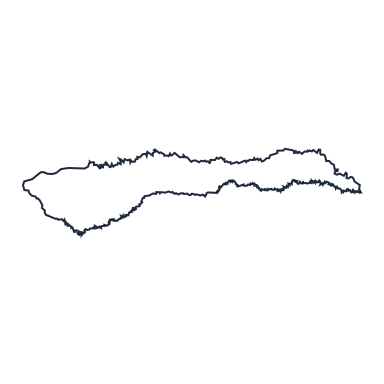 outline of Hato Corozal, Casanare, Colombia
{"feature_id": "7082276B62736204649279", "entity_name": "Hato Corozal", "entity_type": "district", "adm_level": 2, "iso_a3": "COL", "parent_name": "Colombia", "parent_adm1": "Casanare", "projection": "robinson", "projection_center": [-70.999, 6.057], "detail": "fine", "context": "isolated", "style": "outline", "palette": "slate", "viewbox_px": 384, "rotation_deg": 0, "n_neighbors": 0, "source": "geoboundaries", "source_scale": "gbopen_adm2", "svg_char_len": 6030}
<svg xmlns="http://www.w3.org/2000/svg" viewBox="0 0 384 384"><path d="M237.0,162.0L231.1,163.9L230.4,162.0L228.5,162.5L226.9,161.3L224.9,161.9L224.3,161.1L224.5,159.2L222.7,159.3L222.2,158.0L220.4,157.4L218.5,158.8L216.7,157.7L214.9,160.0L210.5,159.9L210.2,162.5L209.4,163.0L208.0,161.3L206.1,161.7L205.1,160.6L203.5,161.3L201.1,160.8L199.0,162.3L195.8,160.5L193.3,160.6L191.2,161.8L187.2,157.3L185.6,157.3L183.5,155.2L183.4,157.2L179.7,157.2L174.6,152.9L171.8,155.4L170.8,155.3L170.0,153.6L168.6,156.2L166.4,155.4L164.4,155.8L164.0,154.2L160.5,152.4L159.4,153.1L154.9,149.5L153.9,150.3L155.3,151.6L152.8,153.0L152.7,155.6L147.4,151.9L146.7,156.0L145.7,153.8L142.7,154.2L139.9,157.4L137.3,156.9L137.5,158.9L135.7,159.2L134.8,161.7L132.3,161.8L131.1,160.6L130.3,162.4L129.8,159.6L127.6,160.4L124.6,159.2L123.6,162.4L121.4,159.8L119.3,158.8L120.8,161.6L120.7,164.2L118.1,162.8L117.3,164.8L115.9,164.7L113.3,166.6L111.8,163.9L110.8,166.9L109.8,167.2L105.9,162.3L105.3,162.9L106.2,164.7L103.3,164.7L103.0,167.3L101.8,166.8L101.0,164.8L99.8,165.1L100.6,167.9L99.7,168.4L96.9,164.8L93.9,165.1L94.2,163.0L93.6,162.1L90.9,162.5L90.0,161.8L90.2,162.8L89.2,163.1L88.1,166.6L84.7,168.5L68.4,168.0L61.0,169.1L56.3,172.9L52.4,174.0L47.7,173.8L43.3,172.1L40.7,172.3L32.1,179.2L24.2,181.4L23.0,185.3L24.4,190.1L28.5,190.5L29.1,192.8L31.5,195.5L35.6,196.6L36.6,198.5L38.0,198.5L39.8,200.4L42.4,205.3L42.0,208.1L44.7,210.3L44.8,212.9L46.0,214.9L55.6,218.8L57.4,218.7L58.1,219.7L61.9,219.3L63.4,220.8L64.2,219.8L64.7,222.2L64.9,220.8L65.6,222.5L67.0,222.0L65.2,223.2L65.4,224.5L67.7,224.0L67.5,225.7L68.5,225.8L68.9,224.9L71.4,226.8L71.3,228.0L72.5,227.6L74.2,232.0L75.6,231.7L75.3,230.5L77.0,230.4L79.6,231.8L79.8,232.7L77.7,233.1L77.9,234.1L79.1,234.7L79.3,233.4L80.0,234.4L81.7,233.9L81.6,235.2L82.6,234.0L81.8,232.3L84.4,232.9L85.0,231.9L84.3,230.6L85.6,229.1L87.3,230.0L89.3,229.6L90.2,228.4L94.8,228.4L94.0,227.2L95.1,227.0L95.5,227.7L95.1,225.9L96.7,226.8L96.9,227.9L99.6,227.5L98.8,226.0L101.2,228.0L101.3,226.3L103.9,225.8L104.1,225.1L104.7,225.7L105.1,225.0L106.7,225.8L109.3,224.2L108.7,222.9L109.6,222.7L109.0,221.6L109.7,220.0L110.3,220.6L111.0,219.9L111.2,220.8L111.2,219.6L113.3,219.2L113.1,220.1L114.2,219.8L114.2,220.8L117.2,220.8L118.5,219.4L121.1,218.5L120.6,217.9L121.5,217.0L121.2,216.1L122.1,216.7L122.6,216.0L122.5,217.3L123.7,217.4L123.9,216.5L124.7,216.9L125.2,215.8L126.1,216.0L125.8,214.9L128.4,215.2L129.0,212.6L131.7,211.9L131.1,211.1L132.1,210.5L132.9,207.9L133.6,208.0L134.2,210.2L136.0,209.0L135.3,207.8L136.1,206.7L139.5,206.2L139.4,204.3L140.3,204.4L142.2,202.2L141.3,201.6L141.9,199.9L143.0,197.8L144.2,197.9L144.5,196.1L148.9,195.6L152.9,193.5L156.1,193.9L156.3,192.1L159.5,192.3L159.9,193.1L160.3,192.2L165.5,192.6L168.4,191.5L172.0,192.6L172.6,192.0L174.6,193.9L175.9,193.2L178.6,194.5L180.4,193.4L183.3,193.3L183.7,193.9L187.4,193.7L189.0,195.0L190.6,195.0L191.7,193.8L192.9,193.8L195.1,194.9L196.3,194.3L200.3,195.5L202.5,194.6L204.7,196.2L204.6,195.3L206.1,195.2L206.4,193.5L208.0,192.4L216.3,192.9L216.7,192.1L217.1,192.8L218.3,191.6L218.2,190.3L219.2,190.2L219.1,187.2L220.2,187.7L220.1,186.4L221.3,186.8L223.9,183.8L224.8,184.3L225.5,183.1L226.2,184.1L226.9,183.1L227.6,183.5L227.6,182.3L229.1,180.8L230.3,181.8L230.5,180.7L231.5,181.3L231.3,180.6L232.7,180.4L232.9,181.7L234.0,180.9L236.0,183.3L235.8,184.0L237.6,185.0L237.1,186.0L238.0,186.5L243.7,184.5L243.8,185.6L246.5,185.9L248.0,184.5L250.1,185.0L250.6,183.5L251.8,184.2L252.7,183.1L253.1,183.8L254.3,183.6L254.3,185.0L254.8,184.4L256.7,185.1L256.3,186.1L257.8,186.3L257.3,187.5L258.9,187.9L258.7,188.6L260.9,190.7L261.4,189.1L262.9,189.9L264.2,189.2L264.7,190.0L265.9,189.2L266.4,190.4L267.9,190.2L268.3,188.9L269.1,189.5L271.3,188.8L271.9,189.6L274.1,189.8L274.8,188.5L276.3,189.6L277.3,189.3L277.4,190.7L278.6,189.9L278.9,190.8L279.8,190.0L280.6,191.4L280.9,190.1L282.0,190.2L281.8,189.2L283.1,189.6L283.4,188.3L283.8,189.2L284.2,188.1L283.6,186.7L286.3,187.8L286.7,186.0L287.7,186.7L287.5,185.5L289.5,185.5L288.6,183.6L290.1,184.0L290.9,183.4L291.8,184.1L291.9,181.5L293.1,179.9L296.6,180.9L295.2,181.7L296.6,182.3L296.7,181.4L297.5,183.5L298.6,183.9L299.9,181.8L301.2,183.3L303.0,182.2L302.9,183.4L305.7,182.9L307.0,183.5L309.9,183.0L310.1,181.7L310.6,182.0L310.2,181.2L311.2,182.3L311.4,180.7L312.4,182.4L312.3,180.9L313.3,181.3L312.8,182.7L314.0,181.6L313.7,182.7L314.5,182.6L314.2,182.0L315.3,181.7L315.6,182.7L316.2,181.4L317.3,182.1L318.0,181.2L317.5,182.1L318.0,182.3L319.2,180.5L319.9,181.2L319.2,181.8L320.8,183.1L320.0,183.7L321.2,183.4L320.5,184.6L322.4,183.8L322.8,184.6L323.3,182.6L323.4,183.4L324.2,183.1L323.8,184.0L324.6,182.2L325.1,183.2L326.1,182.2L326.3,183.2L326.4,181.8L327.6,182.1L329.5,183.1L328.7,184.2L330.3,184.6L330.7,185.5L331.7,185.5L331.4,184.2L332.1,184.0L332.4,185.1L333.2,184.7L334.3,186.7L335.6,186.7L335.8,188.4L337.0,186.8L338.0,188.6L339.8,188.4L341.6,190.7L341.7,192.2L342.6,191.1L343.3,192.1L343.9,190.6L345.9,191.4L346.9,190.5L346.7,189.4L347.9,189.0L348.4,190.7L350.0,190.1L350.9,191.7L352.4,191.4L351.9,192.1L352.7,192.0L352.8,190.9L353.6,191.9L353.6,190.4L355.7,192.2L356.2,191.3L357.0,191.4L357.6,192.5L357.5,191.4L358.1,190.5L357.8,191.5L359.0,192.6L361.0,192.5L359.1,189.2L359.8,185.1L354.6,181.5L352.9,177.6L350.8,176.9L348.2,178.5L346.5,178.0L346.9,173.8L345.7,172.8L343.8,175.8L339.5,173.6L337.1,174.7L334.6,173.6L334.9,171.8L337.5,170.9L337.9,169.5L334.8,169.5L333.9,164.8L331.6,163.7L329.1,160.9L326.3,161.1L325.0,155.7L323.2,154.4L321.1,154.8L320.2,153.6L320.2,149.7L318.6,149.6L317.0,152.9L313.4,150.0L311.8,151.4L309.6,150.5L308.7,151.3L307.6,150.6L307.0,151.7L304.6,151.5L302.0,153.8L299.0,151.8L297.7,153.1L296.1,151.4L295.8,152.8L294.0,152.9L294.1,151.2L293.0,150.4L285.0,148.8L283.4,150.5L277.3,150.7L277.3,153.1L270.2,155.4L269.1,158.1L266.5,158.3L263.8,160.8L261.8,161.5L260.5,158.9L258.5,160.2L257.6,158.6L255.4,159.8L254.2,158.1L253.3,160.0L249.5,159.8L248.4,160.9L247.2,160.7L246.2,162.1L244.9,160.6L238.7,163.3L237.0,162.0Z" fill="none" stroke="#1e293b" stroke-width="2"/></svg>